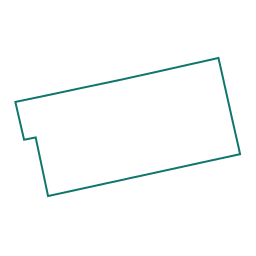 outline of Conhelo, La Pampa, Argentina, rotated 347°
{"feature_id": "61730980B19911830788880", "entity_name": "Conhelo", "entity_type": "district", "adm_level": 2, "iso_a3": "ARG", "parent_name": "Argentina", "parent_adm1": "La Pampa", "projection": "mercator", "projection_center": [-64.66, -36.033], "detail": "fine", "context": "isolated", "style": "outline", "palette": "teal", "viewbox_px": 256, "rotation_deg": 347, "n_neighbors": 0, "source": "geoboundaries", "source_scale": "gbopen_adm2", "svg_char_len": 632}
<svg xmlns="http://www.w3.org/2000/svg" viewBox="0 0 256 256"><g transform="rotate(347 128 128)"><path d="M24.1,116.0L25.3,116.1L35.2,116.4L35.9,116.4L35.5,139.0L34.8,176.3L66.4,176.7L73.2,176.8L91.5,177.0L93.6,177.0L104.6,177.2L112.7,177.3L119.7,177.3L125.4,177.4L129.1,177.5L129.9,177.5L132.2,177.5L133.1,177.5L191.8,178.2L231.3,178.7L231.4,172.4L231.5,142.3L231.7,112.6L231.8,99.8L231.9,80.1L212.2,80.0L201.8,79.9L182.7,79.8L135.1,79.4L134.2,79.4L94.3,78.6L64.5,78.1L64.3,78.1L26.2,77.3L24.1,77.3L24.1,78.7L24.1,88.4L24.1,96.8L24.1,98.1L24.1,101.1L24.1,110.6L24.1,116.0Z" fill="none" stroke="#0f766e" stroke-width="2"/></g></svg>